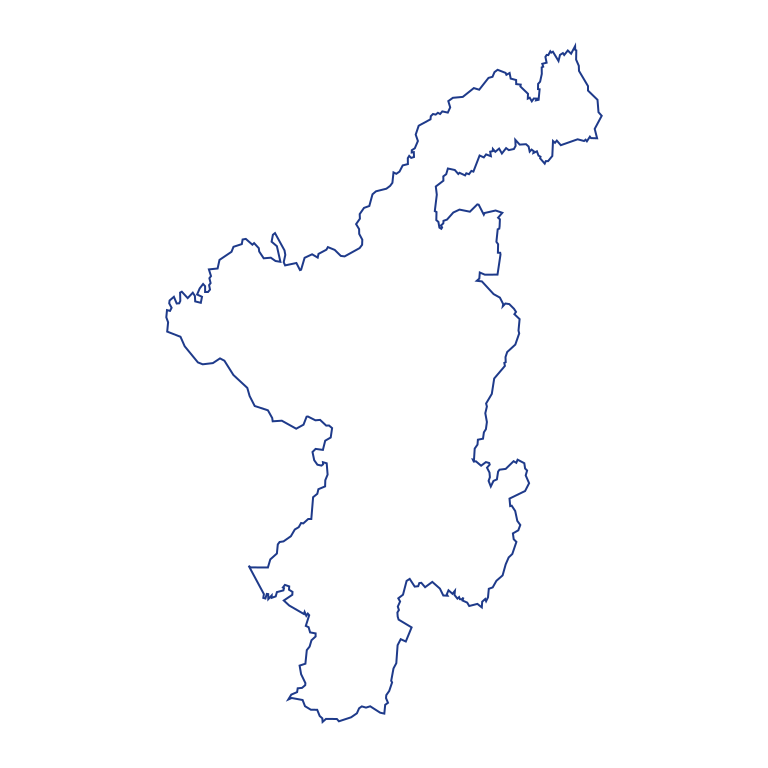 outline of Tequila, Jalisco, Mexico
{"feature_id": "50627088B96984621240614", "entity_name": "Tequila", "entity_type": "district", "adm_level": 2, "iso_a3": "MEX", "parent_name": "Mexico", "parent_adm1": "Jalisco", "projection": "equal_earth", "projection_center": [-103.748, 21.116], "detail": "fine", "context": "isolated", "style": "outline", "palette": "blue", "viewbox_px": 768, "rotation_deg": 0, "n_neighbors": 0, "source": "geoboundaries", "source_scale": "gbopen_adm2", "svg_char_len": 6075}
<svg xmlns="http://www.w3.org/2000/svg" viewBox="0 0 768 768"><path d="M384.3,713.6L385.2,704.8L388.0,702.8L386.0,698.1L386.3,695.1L389.2,691.0L392.1,682.4L391.2,680.8L393.5,668.4L396.3,663.2L397.6,645.2L400.7,639.2L405.8,641.5L411.6,627.4L398.6,619.6L397.7,616.6L397.4,612.5L398.9,610.0L397.8,606.6L400.1,601.5L398.3,598.3L403.0,594.7L406.6,580.9L409.7,578.9L414.7,586.6L418.2,586.2L419.3,583.1L421.3,582.8L425.1,587.2L432.3,581.9L439.9,588.6L443.3,595.5L447.6,595.7L446.8,594.3L448.5,590.3L452.5,593.8L454.9,590.8L454.5,595.0L457.4,598.6L459.1,597.1L459.9,599.2L461.9,599.3L463.4,597.6L462.5,600.5L467.2,602.6L469.2,606.0L477.4,603.9L481.8,607.4L482.2,601.7L485.2,599.0L486.1,601.2L488.0,597.3L488.8,588.8L492.7,587.4L496.4,580.8L502.6,575.4L505.7,564.3L508.7,557.4L512.3,554.0L516.4,541.9L513.7,539.2L512.9,533.4L518.3,530.3L520.3,525.0L517.3,520.9L515.2,511.0L511.7,505.7L510.2,506.1L509.5,498.6L525.1,491.0L529.1,483.2L525.7,475.4L527.1,470.5L525.1,468.5L524.3,463.2L517.6,459.7L516.3,462.8L513.6,461.2L505.7,468.9L499.5,469.7L498.1,471.6L496.9,479.4L493.5,480.9L490.8,486.5L488.6,480.9L489.9,477.2L489.5,472.6L487.0,467.7L489.7,464.6L489.2,463.0L485.9,462.1L481.1,465.7L475.9,461.3L473.8,461.6L472.8,459.5L474.0,459.7L474.7,448.6L477.5,444.6L477.9,439.7L483.0,438.7L483.9,432.3L485.9,429.2L486.9,422.0L485.3,413.2L486.9,406.5L486.1,403.5L491.8,393.9L494.2,378.5L504.9,365.9L504.3,362.9L505.7,362.2L505.5,357.1L507.2,352.0L515.3,344.6L519.2,333.4L518.5,330.6L519.6,319.1L514.4,314.2L516.0,311.9L514.0,308.8L509.3,304.1L505.4,303.5L502.8,306.3L503.2,304.1L499.9,297.6L493.6,294.1L481.9,281.4L476.8,280.8L479.3,278.6L479.8,272.5L484.9,274.7L497.5,274.6L500.5,254.5L500.2,252.8L497.9,252.7L498.1,244.2L496.4,241.8L497.7,229.3L499.3,228.6L499.6,226.3L499.9,219.3L498.1,217.7L502.3,212.8L495.6,210.5L484.6,213.0L483.8,214.7L478.7,204.7L477.3,204.4L469.9,211.7L459.5,209.6L453.3,212.5L447.0,219.6L443.5,220.8L443.3,223.4L441.0,225.4L442.1,227.5L441.3,228.8L439.4,227.6L438.4,221.9L436.3,220.1L436.5,212.0L434.8,211.1L436.8,194.7L435.8,186.5L443.4,180.7L443.3,176.4L446.2,174.2L447.9,168.5L454.8,170.0L458.3,174.0L459.5,172.8L465.1,175.4L466.3,173.3L469.0,174.2L471.4,170.9L473.4,171.6L479.6,155.5L483.8,157.4L486.1,154.4L490.9,156.2L490.2,151.7L492.8,151.1L492.9,149.0L495.3,151.8L499.1,148.6L501.9,153.5L506.1,148.1L508.8,150.1L513.9,149.0L515.6,145.9L515.3,139.8L519.7,144.6L526.0,144.2L528.6,146.5L529.7,151.6L531.6,149.6L533.8,151.3L533.4,153.0L536.9,151.3L538.5,155.6L540.5,156.7L540.1,158.3L544.7,163.6L545.8,161.1L548.1,161.1L552.3,156.0L553.0,141.0L555.0,142.8L556.8,140.6L560.8,145.2L577.6,139.3L584.1,141.0L585.6,139.7L586.9,141.3L589.9,136.7L591.0,138.1L597.1,138.3L594.7,128.9L601.7,115.8L598.5,112.2L597.5,99.8L588.0,90.6L588.0,86.1L579.0,70.9L578.8,65.8L576.1,59.6L576.3,50.4L575.2,49.8L575.1,46.1L571.1,53.7L567.8,50.5L564.2,55.0L562.9,53.1L560.0,54.9L558.5,61.0L552.9,51.7L551.3,52.6L550.3,51.3L548.3,55.1L546.7,54.9L545.4,56.9L546.6,62.7L542.3,63.8L543.2,66.7L541.7,67.4L541.8,73.9L540.1,81.7L538.1,83.9L538.0,89.1L539.6,89.3L538.6,99.8L536.1,100.3L536.8,98.6L533.8,98.5L531.8,101.3L529.7,97.7L527.8,98.6L528.0,93.8L520.4,86.5L520.7,84.6L516.2,84.1L516.1,80.0L510.7,78.6L509.6,73.0L506.4,74.8L505.6,72.9L497.6,69.8L494.5,72.1L492.5,76.8L488.5,77.9L479.2,89.7L473.8,88.1L462.8,96.9L452.9,97.8L448.3,101.1L450.2,107.4L447.8,112.6L442.3,111.4L440.1,114.0L437.9,112.8L435.7,114.6L433.0,114.0L430.8,116.2L430.5,119.3L418.7,125.7L415.7,134.6L417.9,141.0L414.8,148.3L411.8,150.2L411.7,152.5L413.8,152.1L414.0,157.0L411.2,157.9L409.2,155.9L407.8,158.2L407.9,164.1L402.7,165.4L399.5,171.6L396.3,173.8L393.5,172.4L392.4,182.8L390.1,185.9L386.4,188.7L376.0,191.3L372.5,194.3L369.3,206.0L364.0,207.9L359.7,214.1L359.9,218.7L356.1,224.1L359.1,229.1L359.2,233.9L362.3,239.7L362.1,244.8L359.6,248.1L344.6,256.4L340.8,255.9L334.7,249.9L327.9,247.1L326.4,249.7L318.5,253.9L317.7,257.6L312.1,254.3L304.6,257.8L301.1,269.7L300.0,270.1L296.4,263.0L285.1,265.4L283.7,262.2L285.3,254.9L284.5,250.4L275.0,233.1L272.9,234.8L271.6,241.7L276.9,246.2L280.4,261.8L275.5,261.0L270.8,257.7L263.7,258.3L259.2,251.5L258.8,248.2L254.1,243.1L252.4,244.7L245.8,238.9L242.6,239.5L241.8,244.1L233.5,246.8L231.5,251.8L219.5,259.9L217.6,268.5L208.9,269.4L211.0,276.1L209.4,278.2L210.6,283.1L209.1,285.1L210.0,289.6L208.0,292.0L205.1,292.0L205.1,286.2L203.1,284.0L199.7,288.4L197.1,294.5L202.0,296.8L200.8,302.8L195.2,301.4L194.9,296.0L192.8,292.7L187.7,298.1L181.8,291.7L180.1,292.6L180.3,300.9L179.2,303.3L176.7,303.5L173.9,296.8L169.6,300.5L169.2,303.3L171.6,307.8L170.0,310.9L167.0,310.1L166.3,317.3L168.1,322.3L167.2,331.6L180.5,336.8L184.7,346.3L197.9,362.4L202.7,364.3L212.9,363.1L220.0,358.4L224.4,360.7L233.4,375.0L247.3,387.9L249.6,396.0L254.7,406.0L267.9,410.3L272.2,418.0L272.7,421.3L281.8,420.7L296.2,428.7L303.5,424.7L306.6,416.7L307.9,416.5L315.4,420.3L320.1,419.9L326.2,425.6L329.0,425.5L332.1,428.1L330.7,437.5L325.2,440.7L322.9,449.9L315.6,448.9L312.5,452.0L314.2,460.2L317.4,464.7L321.5,465.6L323.1,464.3L322.9,462.2L326.7,463.3L327.6,474.6L325.3,480.2L325.1,486.4L318.4,489.2L317.3,493.8L313.1,497.2L311.3,519.0L308.2,519.0L303.3,523.4L301.1,523.0L298.7,527.2L294.8,529.5L290.9,536.2L283.5,541.4L279.6,542.0L277.8,544.4L276.9,553.5L270.3,559.4L267.9,567.5L250.5,567.4L248.7,565.8L263.9,594.1L263.3,597.9L265.4,598.5L266.8,593.9L268.2,594.1L268.3,599.1L271.7,595.4L271.7,597.8L275.7,596.4L276.9,592.1L283.4,590.4L284.0,588.1L282.9,587.5L284.9,584.9L289.2,586.4L289.0,589.7L292.5,591.9L292.3,594.8L283.8,600.5L289.2,605.5L303.9,614.0L304.6,611.9L306.3,615.8L307.8,613.6L309.2,615.2L305.8,625.9L308.6,627.2L310.1,632.4L315.6,633.4L315.6,636.5L311.5,640.2L309.6,646.6L306.8,650.1L305.4,663.7L299.6,665.6L301.1,674.2L305.4,683.1L305.2,685.2L302.0,687.9L297.7,688.3L297.1,692.1L291.3,694.6L288.3,699.5L291.7,698.0L302.6,700.0L305.0,706.2L310.8,709.7L317.2,709.8L319.7,716.0L322.3,718.3L322.6,721.9L326.0,718.9L336.9,719.0L338.9,721.3L351.1,717.3L356.9,713.3L359.1,708.3L361.8,706.4L366.0,707.6L370.2,706.3L380.2,712.7L384.3,713.6Z" fill="none" stroke="#1e3a8a" stroke-width="2"/></svg>